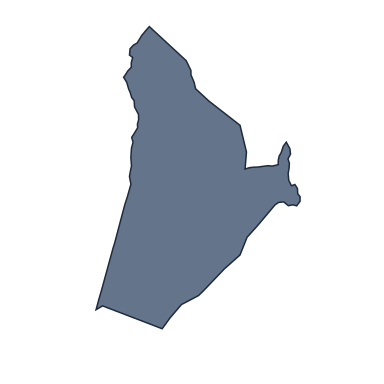 outline of Araruna, Paraíba, Brazil, rotated 289°
{"feature_id": "56859067B30270285588633", "entity_name": "Araruna", "entity_type": "district", "adm_level": 2, "iso_a3": "BRA", "parent_name": "Brazil", "parent_adm1": "Paraíba", "projection": "albers", "projection_center": [-35.727, -6.531], "detail": "fine", "context": "isolated", "style": "filled", "palette": "slate", "viewbox_px": 384, "rotation_deg": 289, "n_neighbors": 0, "source": "geoboundaries", "source_scale": "gbopen_adm2", "svg_char_len": 1239}
<svg xmlns="http://www.w3.org/2000/svg" viewBox="0 0 384 384"><g transform="rotate(289 192 192)"><path d="M49.5,139.6L55.2,144.5L53.0,208.3L66.0,212.3L82.2,218.7L96.2,231.9L101.9,234.8L129.8,247.6L148.1,257.9L167.1,258.8L181.7,265.0L206.9,274.7L210.4,277.4L212.5,281.9L210.4,287.6L212.7,291.5L213.0,295.5L218.4,297.2L222.8,295.7L224.7,292.6L229.7,290.5L232.6,286.8L230.3,284.0L234.5,279.7L240.8,276.9L246.3,276.0L250.9,274.7L254.5,272.0L260.0,272.8L264.9,270.4L269.8,264.9L265.0,263.4L258.5,263.5L254.3,262.7L250.3,263.2L245.9,264.6L242.6,259.4L241.7,255.5L239.4,250.8L237.0,246.1L235.4,241.9L233.7,238.4L231.0,234.7L247.5,230.5L265.2,219.2L270.7,215.7L283.5,178.3L290.8,161.8L296.5,158.2L302.4,152.9L306.6,151.4L314.3,143.7L334.5,97.8L330.5,96.1L323.9,93.6L315.0,91.6L311.8,88.8L307.3,86.8L301.1,88.3L299.9,92.1L294.4,92.5L290.2,94.0L285.6,91.9L282.1,91.1L278.2,90.0L274.4,94.6L269.0,98.4L265.5,101.5L261.8,104.1L259.4,107.6L253.7,110.0L248.0,116.1L243.0,118.0L238.3,118.3L235.1,119.7L228.5,118.3L224.0,117.2L219.7,120.1L213.7,120.5L204.6,123.0L196.7,126.4L192.7,126.8L186.3,127.8L179.5,131.7L167.3,132.4L157.9,132.6L118.1,135.5L113.7,135.6L70.1,138.4L61.6,138.8L49.5,139.6Z" fill="#64748b" stroke="#1e293b" stroke-width="1.5"/></g></svg>